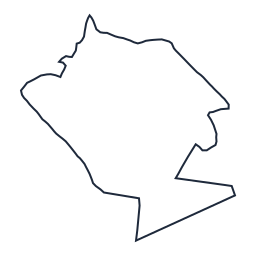 outline of Campo Alegre, Alagoas, Brazil
{"feature_id": "56859067B15895498916123", "entity_name": "Campo Alegre", "entity_type": "district", "adm_level": 2, "iso_a3": "BRA", "parent_name": "Brazil", "parent_adm1": "Alagoas", "projection": "albers", "projection_center": [-36.296, -9.82], "detail": "fine", "context": "isolated", "style": "outline", "palette": "slate", "viewbox_px": 256, "rotation_deg": 0, "n_neighbors": 0, "source": "geoboundaries", "source_scale": "gbopen_adm2", "svg_char_len": 1672}
<svg xmlns="http://www.w3.org/2000/svg" viewBox="0 0 256 256"><path d="M76.7,43.6L76.3,47.2L75.8,50.6L74.0,53.5L71.9,57.0L69.1,56.8L66.0,56.1L61.8,58.7L59.1,61.8L63.0,62.6L65.7,65.7L64.1,69.6L61.9,73.4L60.4,77.0L55.5,75.2L50.8,74.2L47.0,74.4L40.9,75.5L34.2,79.3L29.7,81.6L27.1,82.8L24.1,86.7L21.0,90.5L22.0,94.8L24.1,98.0L26.9,100.8L29.7,104.5L33.6,108.6L36.7,111.6L38.6,114.0L40.3,116.4L42.4,119.3L45.2,121.5L47.9,123.9L50.3,126.7L52.1,128.8L54.2,131.4L56.2,133.6L59.5,136.3L62.5,138.6L65.7,141.3L68.8,145.0L70.6,147.2L72.9,150.1L75.4,153.3L77.6,156.3L79.9,158.2L81.9,160.6L84.5,163.9L86.1,167.1L87.7,170.1L89.6,173.9L91.0,177.4L92.0,180.0L93.0,183.1L95.9,186.1L100.5,189.4L103.9,192.5L139.0,198.3L139.6,205.6L137.3,230.2L136.7,235.1L136.0,240.6L235.0,195.4L231.7,186.0L225.6,185.1L175.7,178.2L178.3,173.8L182.0,167.0L188.0,156.7L195.7,144.3L199.4,146.9L202.4,150.3L206.8,150.3L211.2,147.4L215.5,145.0L216.5,141.5L216.2,137.3L216.5,133.9L213.7,125.3L211.0,119.8L208.0,115.2L209.6,112.4L213.0,112.0L215.9,110.9L220.8,109.2L225.7,108.8L228.6,108.6L228.7,104.6L226.4,101.5L224.4,98.9L221.8,96.5L219.8,94.3L216.7,91.4L213.9,88.6L212.0,86.5L210.0,84.6L206.2,80.5L203.3,77.3L200.9,75.1L197.0,72.2L194.4,69.6L189.0,64.1L184.3,59.2L179.5,54.3L175.8,50.6L173.9,48.3L171.7,43.3L169.1,41.5L161.8,39.4L157.4,39.6L153.2,39.9L150.2,40.2L145.8,40.8L142.0,42.3L137.8,43.4L134.0,42.3L130.2,40.5L126.9,39.4L123.3,38.1L118.7,37.3L115.1,36.3L110.8,34.5L107.1,32.9L103.6,32.8L100.3,32.3L96.4,29.3L94.5,24.1L93.2,20.7L91.4,17.5L89.6,15.4L88.1,18.0L87.0,20.9L86.1,23.6L85.5,27.3L84.9,30.5L84.4,33.8L84.0,36.6L82.0,40.2L79.7,42.7L76.7,43.6Z" fill="none" stroke="#1e293b" stroke-width="2"/></svg>